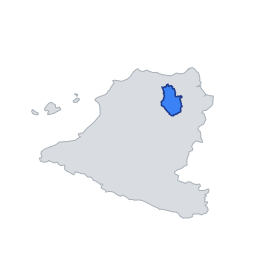 Spain, with Córdoba highlighted, rotated 194°
{"feature_id": "ESP-5817", "entity_name": "Córdoba", "entity_type": "Autonomous Community", "adm_level": 1, "iso_a3": "ESP", "parent_name": "Spain", "parent_adm1": "", "projection": "orthographic", "projection_center": [-4.923, 37.957], "detail": "fine", "context": "in_parent", "style": "filled", "palette": "blue", "viewbox_px": 256, "rotation_deg": 194, "n_neighbors": 0, "source": "natural_earth", "source_scale": "10m", "svg_char_len": 5854}
<svg xmlns="http://www.w3.org/2000/svg" viewBox="0 0 256 256"><g transform="rotate(194 128 128)"><path d="M134.1,60.5L134.2,61.1L135.3,62.3L138.7,63.0L139.6,63.5L139.5,65.2L138.7,66.7L139.5,67.3L140.3,67.3L141.2,66.1L141.5,66.8L143.0,67.5L146.5,68.7L148.9,68.8L151.5,71.4L155.5,70.7L159.2,73.1L162.6,72.3L163.4,72.8L168.6,72.6L168.8,70.4L169.4,69.5L178.7,71.9L179.9,73.6L179.8,74.5L180.4,76.6L181.6,76.4L183.9,75.1L187.2,76.3L188.1,77.6L188.7,77.6L191.0,76.2L197.4,77.2L197.6,76.2L198.0,75.8L200.6,74.7L201.7,74.4L205.1,74.8L205.6,76.0L206.3,76.4L206.7,77.4L204.8,78.2L204.7,80.0L206.1,81.4L206.5,84.0L203.4,87.7L194.1,94.2L191.1,97.8L183.9,100.1L176.4,103.2L172.1,108.0L173.3,108.3L174.8,109.8L174.4,110.5L172.5,111.7L170.7,112.1L167.7,117.9L163.3,124.0L161.7,126.7L158.4,133.7L158.5,135.7L160.7,142.4L161.8,144.1L163.4,145.5L166.2,146.6L167.0,147.8L166.1,149.1L163.4,151.4L158.6,154.5L156.7,156.8L156.3,159.0L154.9,160.1L154.5,163.2L152.7,167.5L152.7,168.6L154.3,170.1L152.8,171.1L145.2,171.8L140.5,175.3L138.2,178.3L136.3,183.9L133.7,187.2L132.6,187.8L130.7,186.5L128.5,186.3L126.3,186.8L125.2,188.0L123.4,188.7L121.6,188.2L117.9,187.9L116.2,188.0L113.5,189.0L111.3,188.4L107.5,188.1L99.2,188.9L98.2,189.3L94.5,193.0L90.5,193.1L86.9,194.6L84.4,198.2L83.9,200.1L83.2,199.6L82.6,199.8L82.3,201.3L79.8,202.2L77.0,200.9L74.7,199.1L73.4,199.0L71.5,196.2L70.6,194.4L70.0,192.5L70.0,191.1L68.3,190.3L67.9,188.6L69.2,186.3L70.9,185.1L69.3,185.2L68.1,186.6L66.7,184.2L60.8,179.6L61.2,177.9L60.1,179.1L59.4,179.4L56.4,179.2L52.9,179.6L51.6,171.8L52.6,169.1L56.6,163.9L59.1,163.2L60.1,160.5L57.9,160.6L54.5,155.2L55.5,150.3L59.1,146.8L59.7,145.3L59.9,143.9L59.2,142.9L57.3,142.3L55.4,138.4L55.1,136.0L53.5,134.6L52.2,132.1L53.4,131.8L58.4,131.9L59.6,131.3L60.5,129.7L61.5,127.1L61.8,125.5L59.9,123.1L59.9,122.7L60.1,121.9L63.2,119.4L62.6,117.5L63.2,113.4L63.0,111.1L62.7,109.1L61.7,106.6L62.4,105.6L64.0,104.8L65.3,102.8L67.1,101.1L69.4,99.8L72.2,96.8L71.8,95.5L70.9,94.7L67.6,94.1L67.3,93.5L67.4,90.2L66.6,88.9L65.4,89.0L63.5,88.4L63.1,88.8L60.7,88.6L59.1,88.0L58.4,88.5L58.1,89.6L55.3,90.7L53.8,90.6L51.3,89.6L48.4,89.8L48.0,89.6L45.5,90.8L44.7,90.8L43.7,89.2L45.1,86.9L44.0,84.7L43.3,84.6L38.6,86.0L35.9,88.0L34.8,88.2L34.5,87.8L34.5,84.8L37.4,81.7L35.6,81.4L35.8,80.5L37.0,79.1L35.9,77.9L36.0,74.7L33.5,75.6L32.9,75.4L32.9,74.1L34.5,71.6L33.0,71.2L31.8,70.2L30.4,68.0L30.5,66.9L31.4,64.3L33.6,63.2L35.8,61.4L38.6,61.9L43.0,60.5L44.5,59.8L44.5,58.7L44.0,57.8L44.5,57.1L48.1,55.0L50.2,54.9L52.4,53.8L53.8,54.6L55.0,54.4L56.5,55.3L58.3,57.2L61.1,58.1L63.3,57.5L74.7,57.5L77.9,56.6L80.4,57.8L85.2,58.4L88.2,59.4L96.2,61.0L99.2,61.0L105.0,59.4L106.6,59.8L109.0,58.9L110.1,59.1L111.6,60.2L116.8,61.6L118.1,60.3L119.1,60.0L122.8,60.7L126.6,62.2L128.6,62.3L131.4,61.7L134.1,60.5ZM208.9,125.1L210.3,125.6L211.7,124.9L212.5,125.0L213.3,125.3L213.6,126.5L211.0,132.7L208.6,134.5L206.0,133.4L204.5,133.2L204.0,132.8L203.5,130.9L202.8,130.4L201.8,130.2L199.9,131.8L199.3,130.9L198.3,130.8L197.9,130.2L197.9,129.4L203.5,124.3L205.2,123.2L208.7,121.7L209.3,121.8L208.9,122.5L209.5,123.1L208.9,125.1ZM225.6,121.1L225.2,122.8L220.5,121.0L219.0,120.9L218.6,120.6L218.6,119.0L221.6,118.5L224.1,119.0L225.6,121.1ZM185.2,143.7L184.8,144.9L182.5,144.6L182.0,144.2L182.4,142.8L183.0,142.6L183.0,141.7L183.6,140.7L186.7,139.7L187.5,140.3L187.7,141.2L186.0,143.3L185.2,143.7ZM187.8,148.2L187.5,148.5L185.0,148.4L184.9,147.7L185.3,146.5L186.3,147.5L187.7,147.6L187.8,148.2Z" fill="#d9dde1" stroke="#a8b0b8" stroke-width="1"/><path d="M104.7,175.8L103.5,175.8L103.3,176.0L102.6,176.7L102.4,176.9L102.1,176.9L101.5,176.8L101.4,176.8L101.3,177.0L101.1,177.3L101.1,177.9L100.7,178.6L100.9,179.2L99.9,180.0L99.8,179.7L99.1,179.4L98.9,178.3L98.0,178.3L97.4,179.0L96.5,179.5L95.7,179.3L95.4,178.7L94.8,178.7L94.7,178.3L94.5,177.9L94.4,177.1L94.2,176.8L93.9,176.7L93.1,177.3L92.8,177.3L92.2,176.7L91.8,175.7L91.3,175.2L91.2,174.7L90.9,174.1L90.4,173.6L90.5,173.3L90.6,172.4L90.5,172.1L90.3,171.8L90.2,171.8L90.2,171.6L90.2,171.3L90.2,171.2L90.0,170.8L89.8,170.4L89.5,170.1L89.1,170.0L88.7,170.0L87.9,170.4L87.7,170.8L87.2,170.9L86.8,170.9L86.6,170.8L85.3,171.6L84.3,171.9L83.8,171.9L83.4,171.5L83.2,170.7L83.6,170.2L84.8,170.2L84.8,168.8L84.5,168.5L84.4,168.4L84.3,168.2L84.2,167.7L83.6,167.2L83.4,167.0L83.3,166.6L83.3,165.8L83.2,165.6L82.3,164.8L82.1,163.6L80.8,162.2L80.8,161.8L81.4,161.3L81.5,161.2L81.6,160.7L81.7,160.4L81.8,160.2L81.7,159.9L81.7,159.7L81.7,159.3L81.5,159.0L81.5,158.9L81.4,158.8L81.4,158.7L81.3,158.4L81.2,158.2L81.0,157.9L81.1,157.7L81.1,157.4L81.1,157.2L80.9,157.0L80.9,156.9L80.9,156.7L81.0,156.3L81.1,156.2L81.3,156.0L82.0,155.6L82.3,155.5L82.5,155.2L82.8,154.9L83.3,154.6L83.4,154.4L83.4,154.1L83.5,154.0L83.5,153.9L83.8,153.6L84.1,153.3L84.3,153.2L84.6,153.2L84.8,153.3L85.0,153.2L85.1,152.9L85.2,152.7L85.7,152.3L86.4,151.8L86.8,151.7L87.0,151.4L87.0,151.2L86.9,150.9L87.0,150.8L87.2,150.7L88.3,150.7L88.6,150.6L89.0,150.5L89.8,151.2L90.3,151.4L90.7,151.4L90.8,151.4L91.3,151.4L91.5,151.6L91.5,151.9L91.5,152.0L91.5,152.3L91.6,152.5L91.8,152.7L92.1,152.9L92.3,153.0L92.5,153.0L92.8,153.0L93.0,153.1L93.6,153.4L93.8,153.5L94.0,153.8L94.5,154.0L95.0,154.4L95.2,154.6L95.2,154.8L95.4,154.9L95.5,155.0L95.8,155.1L96.0,155.1L96.1,155.3L96.4,155.4L96.8,155.7L97.2,156.2L97.5,156.6L97.6,156.8L97.8,156.9L98.4,157.2L98.8,157.3L99.0,157.3L100.0,157.7L100.2,157.8L100.4,157.7L100.9,157.9L100.9,158.0L101.3,158.9L101.3,159.5L101.4,159.9L101.6,160.3L102.0,161.0L102.0,161.8L101.7,162.0L100.8,163.3L100.7,163.4L100.7,163.9L100.6,164.1L100.3,164.4L100.7,165.1L100.3,167.9L100.4,168.1L100.6,168.3L100.9,168.5L101.1,168.7L101.2,169.5L101.3,169.8L101.8,170.0L102.0,170.2L102.1,170.5L102.0,170.8L101.5,171.3L101.4,171.6L101.6,171.7L101.9,171.8L102.3,172.5L103.0,173.2L103.2,174.0L103.4,174.2L104.1,174.8L104.7,175.8Z" fill="#3b82f6" stroke="#1e3a8a" stroke-width="1.5"/></g></svg>